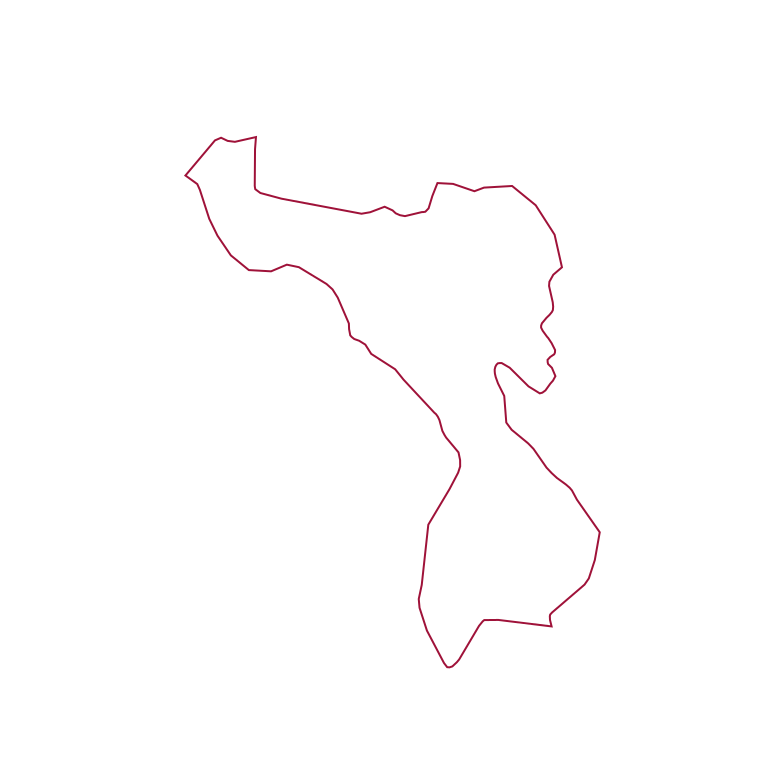 an SVG outline of Quezaltenango, rotated 294°
{"feature_id": "GTM-1945", "entity_name": "Quezaltenango", "entity_type": "Department", "adm_level": 1, "iso_a3": "GTM", "parent_name": "Guatemala", "parent_adm1": "", "projection": "robinson", "projection_center": [-91.716, 14.866], "detail": "fine", "context": "isolated", "style": "outline", "palette": "rose", "viewbox_px": 768, "rotation_deg": 294, "n_neighbors": 0, "source": "natural_earth", "source_scale": "10m", "svg_char_len": 1930}
<svg xmlns="http://www.w3.org/2000/svg" viewBox="0 0 768 768"><g transform="rotate(294 384 384)"><path d="M617.0,420.5L609.0,449.9L589.8,479.1L563.0,499.1L552.7,494.2L544.7,493.5L540.7,494.9L527.3,504.9L523.4,507.1L520.2,508.2L518.1,508.1L514.5,507.1L510.5,505.5L503.7,503.6L501.2,503.8L499.4,504.6L497.2,507.3L493.5,513.7L492.8,515.3L489.5,520.5L484.6,526.5L482.2,527.4L480.4,527.4L476.4,524.9L472.6,523.6L470.4,524.7L469.0,525.8L467.1,530.8L460.9,537.4L455.8,537.0L452.0,535.8L443.8,534.1L440.5,532.2L438.8,530.1L440.6,517.0L450.0,492.2L451.0,483.0L450.3,481.4L449.2,479.6L447.4,478.9L445.1,478.7L442.3,479.2L440.4,480.1L438.6,481.1L435.8,483.2L430.9,487.9L422.0,498.7L398.5,511.4L394.1,519.2L388.4,539.8L385.5,547.0L373.7,566.5L370.8,573.4L368.5,580.2L366.2,591.0L364.7,595.9L363.2,599.0L356.8,607.3L336.3,641.4L308.9,648.2L289.7,650.2L282.3,648.8L243.7,630.5L241.0,629.6L239.4,629.9L236.0,631.6L230.7,635.7L215.0,584.5L209.1,571.6L207.3,570.7L201.7,569.2L162.9,564.7L159.4,563.7L153.8,561.3L151.8,559.1L151.0,556.9L153.5,552.3L176.2,523.5L194.0,507.5L201.7,503.2L215.8,500.2L273.5,481.7L314.6,486.6L333.1,487.8L339.7,487.1L345.4,484.5L351.8,479.9L360.3,462.6L361.9,460.2L364.9,456.4L373.6,449.3L376.0,446.5L377.6,443.8L378.3,441.5L396.0,399.9L397.0,398.0L402.0,388.2L406.3,360.1L412.4,350.9L413.4,343.7L413.0,338.5L413.8,335.4L414.7,333.4L419.9,329.8L425.0,327.3L444.1,306.6L449.5,298.5L452.0,290.8L456.1,258.7L453.5,246.7L441.0,235.0L433.1,214.2L439.2,191.8L451.8,171.5L463.8,157.2L486.5,136.8L490.7,132.1L493.7,117.8L537.8,130.5L542.7,135.0L542.5,142.3L544.6,149.3L557.5,166.6L546.0,170.7L512.5,185.3L511.0,186.2L509.6,187.2L508.2,193.4L511.6,215.0L527.8,283.2L530.4,294.2L535.3,301.5L546.2,312.5L546.1,321.2L544.7,325.3L544.7,329.9L545.9,334.9L556.4,348.6L557.2,350.2L558.2,351.7L562.6,353.3L575.4,351.7L589.3,351.1L594.9,365.7L596.9,388.2L604.1,395.5L617.0,420.5Z" fill="none" stroke="#9f1239" stroke-width="2"/></g></svg>